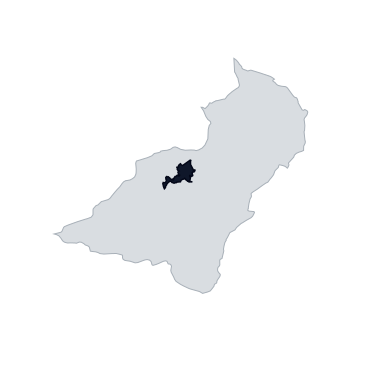 Bambari, Ouaka, Central African Republic shown in context, rotated 150°
{"feature_id": "33826404B32260495393800", "entity_name": "Bambari", "entity_type": "district", "adm_level": 2, "iso_a3": "CAF", "parent_name": "Central African Republic", "parent_adm1": "Ouaka", "projection": "orthographic", "projection_center": [21.01, 5.752], "detail": "fine", "context": "in_parent", "style": "filled", "palette": "ink", "viewbox_px": 384, "rotation_deg": 150, "n_neighbors": 0, "source": "geoboundaries", "source_scale": "gbopen_adm2", "svg_char_len": 5705}
<svg xmlns="http://www.w3.org/2000/svg" viewBox="0 0 384 384"><g transform="rotate(150 192 192)"><path d="M259.3,147.2L262.5,148.0L263.0,149.0L262.2,152.2L262.8,154.2L264.6,155.9L266.4,156.6L268.2,157.0L274.2,158.0L276.7,159.1L280.1,162.9L284.3,166.3L285.3,168.1L285.1,169.7L283.9,171.7L284.1,172.5L286.1,174.5L288.3,176.6L292.3,178.8L299.3,182.3L302.5,184.7L303.6,186.5L305.4,188.4L307.9,190.2L309.6,191.6L308.5,195.5L308.8,196.8L309.5,197.9L310.9,199.5L311.5,201.4L313.0,203.9L314.7,205.0L317.6,205.4L319.1,206.5L322.3,208.5L325.3,210.1L326.6,211.3L327.5,212.3L328.2,213.6L328.5,214.8L328.6,217.4L329.2,220.7L330.8,223.0L332.4,224.6L326.1,222.8L325.2,222.7L324.1,223.1L320.9,225.5L319.8,225.8L315.7,225.3L305.8,223.5L298.1,221.8L295.8,221.2L291.8,220.6L289.1,221.8L286.6,226.1L285.8,226.9L281.9,228.2L280.0,227.8L275.4,229.0L268.2,227.3L265.7,227.7L263.7,228.6L258.6,230.5L255.5,231.6L251.9,232.6L248.5,234.2L246.2,235.0L243.9,235.0L241.9,234.2L239.6,233.4L236.9,233.3L234.2,233.7L231.8,235.4L230.8,236.6L228.8,239.8L226.4,245.0L225.4,246.0L224.6,246.6L213.4,244.0L208.6,243.4L205.4,244.2L201.3,242.8L199.5,242.5L198.7,243.0L196.4,242.3L192.7,240.6L189.2,239.8L186.0,240.1L184.1,239.5L182.5,237.8L180.5,234.6L176.9,231.5L172.0,229.0L169.0,227.1L167.8,225.8L165.2,225.1L161.1,225.0L157.3,226.2L151.7,230.1L146.6,238.1L143.7,241.1L141.4,241.9L140.8,243.8L142.0,246.9L142.2,250.5L141.4,256.5L141.7,260.8L140.5,260.1L139.3,258.1L138.8,257.7L135.4,258.6L133.6,259.4L132.7,260.2L131.9,260.3L130.9,259.2L130.0,259.0L128.7,259.2L127.3,259.1L126.4,259.0L125.8,259.1L124.2,258.4L118.4,256.7L117.4,256.1L116.3,256.2L113.2,257.6L111.6,258.0L106.8,258.9L101.6,259.3L99.6,259.3L98.3,260.0L97.4,260.9L95.8,266.4L95.3,267.4L95.4,268.8L95.0,273.2L95.1,274.6L88.9,286.8L87.9,284.7L87.3,282.3L87.0,279.6L87.2,278.9L86.8,278.1L86.3,275.8L86.8,274.4L86.4,272.9L85.2,271.4L84.1,270.2L83.5,269.2L82.9,268.8L81.7,268.6L80.1,268.1L73.3,260.8L66.2,252.7L64.8,250.0L64.2,248.5L66.0,248.4L66.4,248.1L66.4,247.4L65.4,245.3L64.9,242.7L64.0,241.1L61.3,238.6L58.6,236.7L57.8,235.7L57.3,234.3L56.4,225.6L55.9,223.1L55.1,222.0L54.5,221.5L54.3,220.9L54.4,219.3L54.8,218.0L54.8,217.4L55.5,216.2L55.6,208.1L54.7,207.0L53.1,207.0L52.3,205.8L51.6,204.3L51.8,203.3L53.4,201.7L54.4,201.0L57.5,199.8L58.3,199.1L58.9,198.4L59.2,197.3L61.0,193.2L63.7,189.1L64.8,188.2L67.5,182.2L68.2,180.6L68.6,179.1L69.5,177.8L72.4,175.8L74.6,172.2L76.9,172.4L79.3,173.0L82.4,173.3L84.9,172.7L86.5,171.3L94.0,168.9L94.5,167.0L95.7,166.0L97.1,165.1L97.6,165.0L97.7,165.6L98.5,167.6L100.2,169.6L102.7,171.9L103.4,171.7L105.0,170.1L108.9,169.1L109.9,168.6L112.7,166.2L116.1,164.7L118.0,164.1L121.4,162.6L123.8,162.8L127.7,162.5L134.1,161.8L138.8,161.6L141.1,161.3L141.7,161.0L142.6,158.7L143.3,158.0L145.1,157.0L148.5,153.5L150.8,150.6L151.5,149.5L152.0,149.3L152.9,148.1L152.0,146.8L148.2,144.1L148.2,143.8L148.0,143.3L148.2,143.0L149.7,141.9L151.7,140.7L153.8,140.2L159.2,140.3L163.9,140.1L165.0,140.2L168.7,139.5L171.2,139.0L173.7,137.7L179.5,137.9L184.4,134.7L185.7,134.1L186.4,133.6L186.5,133.1L188.8,131.8L191.3,129.2L193.3,126.8L193.9,125.1L199.3,119.4L201.2,119.6L202.2,118.9L204.3,115.1L205.0,114.4L207.2,113.7L208.3,112.6L209.2,110.9L209.2,108.9L208.8,107.2L208.8,106.4L209.3,105.7L210.2,104.9L214.3,102.9L215.4,101.9L216.0,101.0L217.2,100.8L218.4,100.9L219.2,100.4L220.1,99.4L223.0,98.2L225.6,97.2L228.4,97.6L233.5,98.9L235.0,101.6L235.7,102.5L242.0,108.9L243.2,110.4L246.4,115.0L248.3,118.1L250.5,122.6L250.7,125.1L250.4,127.2L250.1,133.1L249.5,134.8L246.8,138.0L246.7,139.5L247.2,140.7L248.1,141.2L248.6,141.8L248.3,144.5L249.3,145.6L251.4,146.3L256.6,146.8L259.3,147.2Z" fill="#d9dde1" stroke="#a8b0b8" stroke-width="1"/><path d="M214.3,208.6L213.5,208.8L212.5,209.4L212.0,210.2L210.4,210.9L210.0,211.4L207.7,212.2L206.3,212.3L206.1,212.5L205.0,211.8L204.7,211.3L204.6,210.3L204.2,210.0L203.6,209.1L202.8,208.5L202.1,208.5L200.8,207.9L200.1,208.1L196.9,206.6L195.5,207.7L193.8,207.7L192.6,207.3L191.6,207.6L191.3,207.2L191.3,206.6L191.4,206.1L191.3,205.8L191.0,205.7L190.9,205.3L190.7,204.5L190.4,203.8L190.4,203.5L189.8,203.3L189.6,202.8L189.7,202.4L189.1,201.9L188.5,201.7L187.6,201.1L186.6,200.6L187.8,201.6L188.1,202.0L188.3,202.4L188.3,202.9L187.9,203.3L186.8,204.4L186.0,205.7L186.2,206.0L186.2,206.4L186.0,206.7L186.1,207.0L185.7,207.4L185.4,207.2L185.2,206.9L184.9,206.5L184.6,206.1L184.8,205.8L184.2,205.8L183.5,205.7L183.2,205.9L182.9,206.2L182.9,206.8L182.8,207.3L182.9,207.5L182.2,208.3L182.3,208.6L182.2,208.7L181.6,208.7L181.0,208.8L180.8,208.7L180.5,208.6L180.3,208.4L180.0,208.5L179.8,208.7L179.5,208.8L179.1,208.8L178.9,209.0L178.5,209.4L178.5,209.7L178.6,209.8L179.1,209.7L179.4,209.5L179.8,209.5L179.5,216.7L178.7,217.9L178.3,218.9L178.0,219.4L177.4,219.6L177.3,220.1L177.7,220.5L186.8,219.6L187.8,220.8L187.8,222.2L188.2,222.2L189.5,222.0L190.4,221.6L190.7,221.3L191.0,220.5L191.8,220.7L192.2,220.8L192.7,221.0L192.9,220.7L192.8,219.7L193.1,219.3L193.5,218.9L193.4,218.3L193.4,217.4L192.9,217.1L192.5,216.8L192.5,216.5L193.4,216.4L194.3,216.1L194.4,215.6L194.4,214.8L194.7,214.5L195.0,214.0L195.0,213.6L194.6,213.1L194.3,212.8L194.5,212.5L194.9,212.3L195.7,212.6L196.1,213.4L196.5,213.9L197.0,213.8L197.8,213.4L198.8,213.9L199.1,213.8L200.5,213.1L200.8,212.5L201.2,212.3L201.4,212.6L201.7,212.9L202.0,212.8L202.2,212.2L202.4,212.0L202.7,212.6L203.0,212.9L203.4,213.0L203.8,213.7L204.2,214.3L204.4,214.8L204.2,215.3L204.6,216.0L204.8,216.7L204.9,217.0L205.5,217.1L205.8,217.5L206.0,218.0L206.6,217.9L207.3,217.8L207.7,217.3L207.9,216.5L208.2,216.1L208.0,215.2L210.1,213.4L210.5,213.4L212.2,214.6L212.6,214.1L213.2,213.7L213.3,212.8L213.8,211.6L214.1,210.2L214.3,208.6Z" fill="#0f172a" stroke="#020617" stroke-width="1.5"/></g></svg>